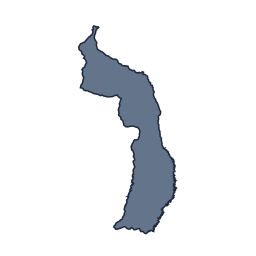 the district of El Cerrito, Valle del Cauca, Colombia, rotated 258°
{"feature_id": "7082276B46612550724020", "entity_name": "El Cerrito", "entity_type": "district", "adm_level": 2, "iso_a3": "COL", "parent_name": "Colombia", "parent_adm1": "Valle del Cauca", "projection": "mercator", "projection_center": [-76.228, 3.687], "detail": "fine", "context": "isolated", "style": "filled", "palette": "slate", "viewbox_px": 256, "rotation_deg": 258, "n_neighbors": 0, "source": "geoboundaries", "source_scale": "gbopen_adm2", "svg_char_len": 5852}
<svg xmlns="http://www.w3.org/2000/svg" viewBox="0 0 256 256"><g transform="rotate(258 128 128)"><path d="M235.0,115.7L234.0,114.7L231.9,114.6L231.4,113.3L230.3,113.8L228.8,113.6L226.5,111.8L226.3,110.6L225.2,109.7L225.2,108.7L221.5,103.9L221.0,102.9L220.2,99.0L217.8,96.8L216.9,96.6L216.1,96.8L215.2,96.3L212.9,98.1L212.1,98.4L210.0,98.4L208.3,99.8L207.1,100.3L206.5,100.2L205.5,99.0L204.5,100.1L203.1,100.7L200.7,101.1L198.7,99.4L196.6,98.2L196.0,96.4L194.7,95.0L193.7,95.4L192.4,95.5L191.2,94.6L188.4,94.5L187.1,95.3L180.7,92.4L180.0,91.1L177.3,89.8L176.3,91.8L175.9,92.2L174.5,92.5L173.3,94.0L173.0,96.2L171.8,97.3L170.5,99.7L169.1,101.1L167.1,105.6L165.4,107.9L165.6,109.6L164.4,110.8L163.6,112.9L162.9,113.7L161.9,119.0L162.5,122.2L162.5,124.3L161.4,124.6L159.2,126.1L158.3,127.5L153.3,124.5L152.7,124.5L152.0,124.9L148.5,122.6L147.2,122.2L146.1,122.5L145.0,122.2L144.1,122.3L142.9,121.5L142.2,121.6L140.1,123.2L138.2,122.9L136.3,124.3L135.3,124.6L131.8,124.5L129.8,126.0L129.2,127.6L129.1,132.5L128.6,133.9L127.4,135.6L127.4,136.1L126.6,137.1L126.5,137.6L124.6,138.6L123.0,139.0L121.5,138.6L121.0,138.7L119.9,137.8L117.8,137.6L116.3,136.4L115.1,135.9L114.5,133.5L115.1,132.2L114.3,131.0L112.6,130.0L111.8,128.9L110.1,128.1L109.6,127.3L108.8,127.6L108.0,127.1L106.1,127.1L106.0,127.5L105.5,127.3L104.8,128.0L101.1,128.5L100.1,127.8L99.7,128.1L98.6,127.2L97.5,127.9L96.4,128.1L95.1,127.6L94.4,126.1L91.8,126.1L90.3,126.5L89.8,126.2L88.4,126.6L86.4,124.7L85.0,124.0L84.4,124.2L81.9,123.8L81.5,123.6L81.5,122.9L80.5,122.6L80.1,122.2L79.3,122.4L79.1,123.0L77.8,122.3L76.9,122.3L76.2,120.9L75.8,120.6L74.7,120.7L74.1,121.2L73.9,120.6L73.1,121.4L72.6,121.2L72.2,121.7L71.8,121.1L72.3,121.1L72.2,120.2L71.1,119.6L70.7,118.7L68.9,118.9L68.9,118.5L68.3,118.4L68.3,118.0L67.7,117.9L67.0,117.0L66.2,118.1L65.4,117.1L65.4,116.4L64.2,115.8L63.9,115.1L62.4,114.7L62.3,114.2L61.2,114.3L60.8,113.8L60.9,113.3L60.5,113.7L60.4,113.4L59.9,113.6L58.8,113.1L58.2,112.0L57.3,111.6L56.1,111.7L55.6,111.2L55.0,111.3L53.7,109.9L53.0,109.8L52.9,109.4L52.4,109.4L52.3,108.8L51.8,108.8L50.5,107.9L48.8,107.3L47.4,108.0L46.4,107.6L45.5,106.7L43.3,106.0L42.7,105.0L40.1,103.3L39.5,101.3L38.8,100.7L38.1,98.0L37.3,96.4L35.9,95.5L35.5,94.5L34.6,93.7L33.9,93.5L33.3,94.3L31.6,94.9L31.3,95.3L31.6,100.7L32.4,103.6L31.7,105.0L29.7,106.2L28.9,107.7L28.8,109.5L29.8,110.5L29.9,111.0L27.2,112.8L27.0,114.1L27.4,116.6L27.2,118.1L26.8,118.6L25.2,118.5L24.0,119.0L23.9,120.9L21.9,122.2L21.2,123.1L21.0,124.2L22.2,125.6L22.1,126.1L22.8,126.3L22.9,127.2L22.4,127.8L22.8,128.0L23.2,128.6L22.4,130.4L21.9,130.6L21.4,131.6L22.6,131.9L23.3,132.4L23.6,132.0L24.4,132.7L24.6,132.1L25.6,132.9L26.1,132.5L26.4,132.9L26.1,133.6L26.8,133.4L27.1,133.7L26.1,134.3L26.2,135.1L26.8,135.5L26.9,135.0L27.3,135.1L27.6,135.5L27.3,135.7L28.0,136.9L28.4,136.8L28.2,136.3L28.6,136.2L29.1,138.1L30.0,138.9L30.8,138.1L30.9,138.6L31.8,138.8L32.2,139.3L33.3,138.9L32.7,139.9L32.8,140.7L33.5,141.0L33.4,140.6L33.7,140.5L33.9,141.1L34.3,140.8L34.4,141.7L35.3,141.9L35.3,142.4L36.0,142.4L35.6,143.2L36.1,143.7L36.2,143.0L37.0,143.4L37.2,144.5L37.9,144.4L37.6,144.8L38.0,145.3L38.6,144.0L39.1,144.8L39.7,144.9L40.0,144.8L40.3,144.3L40.7,144.3L40.8,143.8L41.5,143.9L41.3,145.0L41.6,145.3L42.6,145.3L42.5,146.0L43.8,147.5L44.2,149.0L44.9,149.1L43.9,149.9L44.0,150.6L45.0,150.1L45.1,150.6L45.5,150.4L45.8,150.6L45.4,151.5L46.1,151.2L46.2,152.0L47.1,152.4L47.2,152.0L47.5,152.1L47.2,153.3L47.7,153.6L48.3,153.5L48.4,154.3L47.3,153.9L46.8,154.3L47.2,154.7L48.7,155.1L48.8,155.7L49.8,156.6L49.5,157.0L49.8,157.5L50.6,157.2L50.8,158.6L52.3,157.8L52.6,158.2L52.4,158.7L52.5,159.0L53.3,158.5L54.8,159.1L55.1,159.3L55.2,160.1L56.3,160.2L56.8,161.0L57.3,160.2L57.7,161.2L58.2,160.1L58.8,160.9L58.9,161.6L59.2,160.9L59.6,161.1L59.5,161.6L59.8,162.5L60.9,161.3L60.5,160.7L60.9,160.6L61.5,160.9L62.1,160.5L63.2,160.9L62.4,161.4L62.6,162.2L63.3,162.3L63.8,161.6L65.0,162.8L65.7,162.6L66.4,163.8L66.9,162.2L67.3,162.3L67.8,163.4L68.3,162.8L68.9,163.3L69.6,162.3L70.1,163.3L71.6,162.4L72.1,162.7L72.0,163.7L74.2,162.9L75.6,163.4L75.7,164.8L77.1,164.7L78.3,164.3L78.8,165.1L79.6,164.8L80.2,164.9L80.2,165.8L80.7,165.7L81.2,166.2L82.1,165.9L82.4,165.0L83.0,165.7L83.8,165.5L85.4,166.0L85.6,164.7L87.0,166.1L87.8,165.7L88.0,164.4L89.0,165.1L89.3,164.3L90.3,164.0L90.5,163.4L92.5,163.0L93.1,163.1L93.8,162.4L94.8,162.6L95.6,162.1L96.0,162.4L96.4,161.6L96.9,161.9L97.3,161.3L97.9,161.3L98.2,160.8L98.6,160.9L100.0,159.2L100.7,159.7L100.6,158.6L100.9,158.3L101.8,158.4L104.5,157.7L106.0,158.1L108.7,158.0L110.7,158.5L113.2,157.7L116.1,158.2L117.3,158.1L117.9,158.5L120.0,158.0L123.8,158.5L124.7,158.9L126.4,158.2L127.8,158.9L128.9,158.8L129.4,159.5L131.4,160.0L133.1,160.1L133.7,160.7L134.3,162.2L137.0,163.4L139.3,162.6L143.1,162.4L144.3,162.0L144.9,162.2L146.9,161.7L147.6,161.0L148.3,161.2L149.0,160.8L150.7,160.8L151.6,160.1L154.8,159.7L156.8,160.3L157.6,161.1L158.5,161.0L159.0,160.6L161.7,160.5L162.5,160.9L163.1,160.3L164.5,160.7L165.0,159.5L165.7,159.2L166.6,159.4L167.4,159.0L167.8,159.3L168.5,158.4L169.8,158.0L171.2,158.0L172.0,157.4L173.7,157.9L174.8,157.6L176.6,156.0L177.1,155.2L177.2,154.0L178.5,154.0L179.3,154.8L179.9,154.2L179.7,153.8L179.9,153.3L179.2,152.1L179.5,150.8L180.1,150.5L179.8,149.9L180.1,149.3L180.0,148.3L180.6,147.8L181.0,146.8L182.6,146.4L183.2,145.8L183.1,144.3L184.6,142.8L185.1,141.7L186.6,140.9L187.3,141.0L188.6,140.7L188.5,140.2L188.8,139.4L189.4,138.9L189.1,138.0L189.8,137.2L189.8,136.7L190.4,135.2L192.0,134.5L192.7,132.9L193.8,132.1L195.7,131.9L197.3,131.1L197.9,130.2L198.4,127.8L200.4,125.4L202.6,123.7L203.4,121.8L207.3,119.1L210.0,115.9L211.7,114.4L216.0,114.3L218.0,115.2L221.3,114.0L223.5,113.8L225.9,114.7L227.1,115.7L229.9,116.9L231.2,118.0L232.4,120.3L233.1,119.9L232.9,119.3L233.5,118.8L233.9,117.3L234.4,116.9L235.0,115.7Z" fill="#64748b" stroke="#1e293b" stroke-width="1.5"/></g></svg>